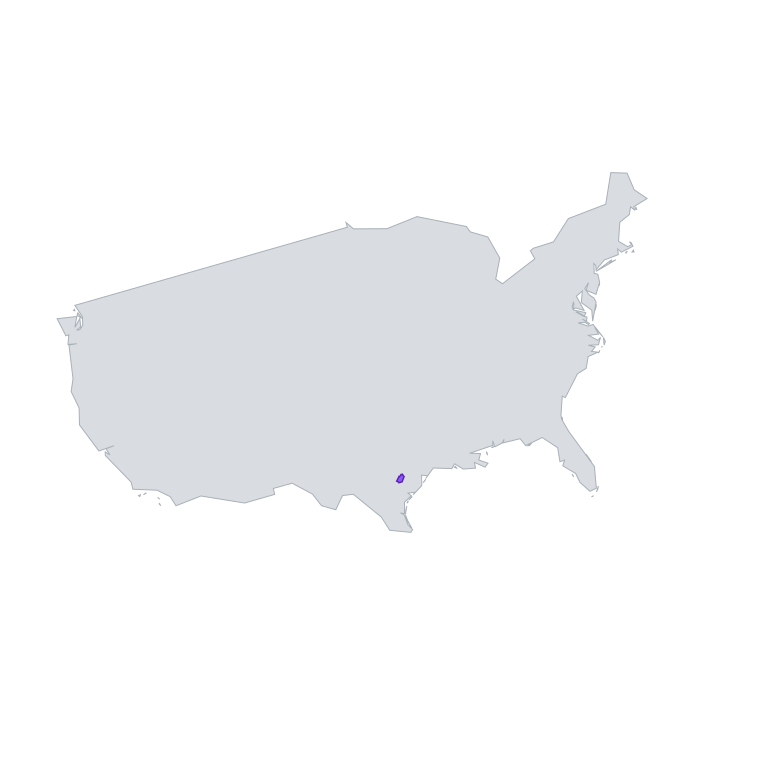 Fayette, Texas, United States of America (highlighted), rotated 344°
{"feature_id": "52423323B10356189909314", "entity_name": "Fayette", "entity_type": "district", "adm_level": 2, "iso_a3": "USA", "parent_name": "United States of America", "parent_adm1": "Texas", "projection": "natural_earth1", "projection_center": [-96.849, 29.896], "detail": "fine", "context": "in_parent", "style": "filled", "palette": "violet", "viewbox_px": 768, "rotation_deg": 344, "n_neighbors": 0, "source": "geoboundaries", "source_scale": "gbopen_adm2", "svg_char_len": 4112}
<svg xmlns="http://www.w3.org/2000/svg" viewBox="0 0 768 768"><g transform="rotate(344 384 384)"><path d="M606.8,275.8L646.7,272.3L660.3,243.3L675.8,248.3L678.0,266.2L688.0,278.2L673.1,282.4L672.7,285.7L669.8,281.6L666.6,288.7L655.2,293.6L648.8,311.5L656.1,319.2L660.5,318.2L659.1,314.9L660.6,316.4L661.3,320.2L648.5,322.7L645.8,318.6L644.9,324.2L630.0,325.5L619.3,332.7L620.2,328.6L618.9,326.0L616.6,335.6L619.8,337.4L619.3,345.6L612.5,356.2L604.1,349.6L608.5,343.0L603.3,347.6L605.9,355.0L609.5,359.2L610.4,363.9L601.9,381.1L604.1,370.3L596.1,360.1L600.3,349.3L593.1,352.6L596.6,368.5L589.2,363.7L586.7,364.2L588.7,359.2L588.5,357.7L586.2,361.6L586.3,364.9L597.6,371.1L595.4,374.0L590.1,368.4L588.2,367.5L594.8,374.2L597.5,375.5L596.1,379.5L592.6,376.4L598.2,382.5L597.0,383.3L594.3,380.2L587.4,378.7L596.1,384.6L601.4,384.4L607.5,399.2L602.2,387.8L604.1,395.2L594.0,393.6L601.6,400.9L605.0,398.8L600.9,405.4L591.2,403.1L597.2,406.6L592.4,409.9L598.4,412.4L587.8,413.9L582.7,424.6L572.8,427.5L554.6,447.0L552.0,444.8L545.5,462.7L545.1,467.1L548.6,480.8L563.5,521.3L559.4,542.7L552.4,543.9L545.2,532.5L543.6,522.9L533.3,511.9L536.6,507.0L531.7,507.2L533.4,493.1L521.3,479.0L503.2,482.3L499.8,474.1L482.0,473.4L484.2,470.3L481.1,473.4L473.1,474.9L472.9,468.6L471.6,473.0L447.2,474.2L457.6,477.4L454.2,483.2L462.1,488.8L458.2,491.8L449.3,484.3L448.8,490.1L436.7,487.6L429.9,480.2L425.8,484.0L408.2,478.3L398.0,486.4L400.6,484.1L395.0,482.0L392.3,492.1L381.5,498.5L384.0,496.6L377.0,495.5L379.4,498.9L371.2,503.2L368.0,514.2L364.3,512.5L367.5,515.5L368.1,525.7L371.4,531.8L368.9,534.0L349.2,526.2L344.8,511.3L324.1,481.5L313.4,479.8L303.0,491.6L290.4,483.8L284.9,470.1L268.3,454.0L248.8,453.9L248.5,460.0L217.2,460.0L177.2,441.2L150.5,443.7L147.4,433.3L136.5,423.5L113.6,415.9L113.9,408.6L96.4,375.9L97.3,372.4L101.0,376.7L98.9,369.6L107.5,368.9L91.5,369.8L80.0,339.4L84.3,323.1L81.2,305.0L86.5,293.3L91.9,259.7L99.8,260.6L91.1,258.9L94.6,249.9L91.5,250.0L87.8,231.2L107.3,234.4L102.5,244.3L109.6,237.3L108.2,245.5L103.3,247.6L106.6,247.9L110.6,244.5L112.7,236.1L108.5,223.2L392.0,223.2L392.0,218.3L397.5,226.5L429.6,235.5L461.9,232.2L506.7,255.4L508.8,261.5L524.3,271.3L530.0,294.9L520.3,314.0L525.5,320.3L563.5,305.2L561.4,296.3L564.8,294.7L586.1,294.1L606.8,275.8ZM634.8,329.5L641.2,328.5L618.9,334.2L637.2,327.3L634.8,329.5ZM109.3,231.2L111.4,236.4L111.1,237.2L107.9,233.3L109.3,231.2ZM371.0,530.1L368.4,521.1L368.6,516.0L369.0,521.4L371.0,530.1ZM674.8,283.1L675.0,285.9L673.9,285.3L674.8,283.1ZM430.1,482.9L430.6,485.0L428.7,483.3L430.1,482.9ZM122.2,424.2L124.9,423.1L125.1,423.4L122.2,424.2ZM119.3,423.4L118.2,424.9L117.3,423.6L119.3,423.4ZM654.5,323.2L652.8,324.9L652.3,324.5L654.5,323.2ZM370.1,511.4L368.6,515.4L372.3,507.5L370.1,511.4ZM559.2,507.9L562.0,515.9L558.7,507.2L559.2,507.9ZM135.5,430.9L136.6,433.0L135.4,431.0L135.5,430.9ZM560.6,543.9L558.5,546.4L561.9,541.1L560.6,543.9ZM608.5,404.2L606.3,407.2L607.8,399.8L608.5,404.2ZM107.0,226.9L106.9,228.4L105.8,227.7L107.0,226.9ZM379.5,500.5L375.7,502.4L379.6,500.0L379.5,500.5ZM660.7,324.0L660.7,326.0L658.8,325.5L660.7,324.0ZM135.2,436.9L135.9,439.5L134.8,437.2L135.2,436.9ZM374.8,503.9L373.2,504.9L374.6,503.3L374.8,503.9ZM609.6,367.3L607.3,371.4L609.9,365.7L609.6,367.3ZM396.8,488.1L394.3,489.7L397.9,487.0L396.8,488.1ZM546.1,464.8L545.7,468.1L545.4,465.8L546.1,464.8ZM599.3,412.9L598.5,413.5L600.8,411.1L599.3,412.9ZM509.7,481.6L506.7,483.3L505.5,483.0L509.7,481.6ZM471.9,474.3L471.4,474.9L469.7,474.7L471.9,474.3ZM540.3,523.2L540.8,525.6L539.8,522.7L540.3,523.2ZM464.2,478.9L463.8,481.0L463.6,477.2L464.2,478.9ZM553.9,549.5L552.3,549.7L554.6,549.1L553.9,549.5ZM618.9,347.0L617.8,349.1L619.1,346.2L618.9,347.0ZM604.4,407.9L603.4,408.6L603.1,408.6L604.4,407.9Z" fill="#d9dde1" stroke="#a8b0b8" stroke-width="1"/><path d="M369.4,480.9L371.5,482.8L371.4,483.0L374.4,483.0L376.1,480.8L377.8,478.5L377.2,477.4L377.2,477.1L377.0,476.6L377.0,476.4L376.8,476.2L376.5,476.0L376.5,475.8L376.1,476.0L375.9,476.0L375.6,476.1L375.3,475.8L374.7,476.4L372.8,477.6L372.7,477.3L370.8,479.4L369.4,480.9Z" fill="#8b5cf6" stroke="#5b21b6" stroke-width="1.5"/></g></svg>